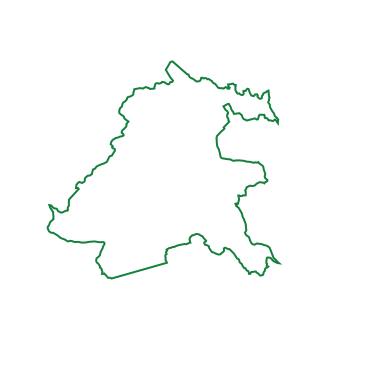 Jequié, Bahia, Brazil (Natural Earth projection), rotated 313°
{"feature_id": "56859067B57487356001023", "entity_name": "Jequié", "entity_type": "district", "adm_level": 2, "iso_a3": "BRA", "parent_name": "Brazil", "parent_adm1": "Bahia", "projection": "natural_earth1", "projection_center": [-40.087, -13.948], "detail": "fine", "context": "isolated", "style": "outline", "palette": "green", "viewbox_px": 384, "rotation_deg": 313, "n_neighbors": 0, "source": "geoboundaries", "source_scale": "gbopen_adm2", "svg_char_len": 6030}
<svg xmlns="http://www.w3.org/2000/svg" viewBox="0 0 384 384"><g transform="rotate(313 192 192)"><path d="M259.1,220.2L258.2,219.9L257.6,219.2L257.0,218.1L256.0,217.7L255.2,216.7L253.7,214.0L251.2,210.8L250.3,208.8L247.3,204.9L244.7,202.3L243.0,201.0L242.4,199.5L242.2,198.4L241.6,197.2L240.6,196.1L237.0,190.7L237.1,189.1L239.7,185.4L241.7,182.1L242.4,179.8L243.0,178.8L245.9,175.5L246.9,174.7L247.6,173.6L249.8,172.1L256.0,172.1L259.2,172.5L260.6,172.4L260.9,171.1L268.8,171.3L269.2,169.7L270.3,168.7L271.0,166.3L272.9,164.8L273.9,164.9L274.7,164.2L275.1,162.6L275.0,160.2L276.1,156.6L280.5,158.0L281.6,158.8L280.4,162.6L279.7,163.4L278.8,165.9L278.7,167.4L277.7,169.4L282.0,173.0L282.1,176.1L281.0,178.2L280.6,179.7L280.7,180.8L281.5,182.0L281.6,183.3L288.6,187.7L289.4,190.3L290.3,190.6L293.8,188.8L294.8,188.9L296.6,190.9L297.7,192.3L297.1,193.5L296.3,193.9L295.9,195.1L296.7,195.9L297.2,197.0L296.6,199.1L297.7,200.2L299.0,202.8L301.6,203.3L301.6,204.7L300.9,207.9L303.7,205.7L304.2,202.8L304.0,201.8L304.2,200.3L305.1,199.1L305.5,197.9L305.7,196.1L307.0,191.9L307.5,190.8L308.7,189.7L309.1,188.6L309.2,187.5L309.7,186.4L311.7,185.7L312.6,184.8L314.0,184.3L314.4,183.2L318.3,178.8L316.8,178.1L315.6,178.2L314.2,177.4L313.1,177.0L311.1,177.7L309.9,177.7L308.1,179.1L307.1,178.6L306.4,178.0L306.3,176.4L306.4,174.8L307.5,174.2L307.9,173.1L306.5,171.7L304.2,171.8L303.0,169.5L303.8,167.0L305.9,163.2L305.3,162.1L304.3,161.9L303.1,162.3L302.1,162.0L301.1,160.7L300.1,161.4L299.6,162.4L298.5,163.0L297.3,162.8L296.6,161.7L296.2,160.5L296.3,159.2L295.2,158.5L295.0,157.3L295.5,156.5L295.7,155.2L296.4,153.9L297.7,152.9L298.5,151.9L299.4,151.7L300.1,151.0L299.2,149.8L299.2,148.0L297.7,147.1L295.2,145.0L293.8,147.1L294.1,148.3L293.1,148.8L292.2,148.1L291.9,147.1L292.1,146.1L291.7,145.1L289.1,144.5L288.3,142.9L287.4,142.4L286.9,141.2L286.1,140.3L286.9,135.1L286.4,134.1L286.2,132.3L286.7,131.4L286.0,127.1L284.9,126.3L284.9,125.0L284.2,123.8L282.7,122.7L282.7,121.7L281.8,120.9L280.0,121.8L278.8,122.0L277.4,121.4L275.9,119.8L275.4,115.4L274.9,114.2L274.4,111.9L275.5,109.4L274.8,108.0L274.2,88.7L273.2,87.9L271.7,87.5L270.6,88.0L263.5,89.5L261.1,97.7L260.5,102.1L259.2,102.5L257.1,101.1L255.8,101.7L254.5,101.2L253.8,99.3L253.5,97.0L252.1,95.0L250.8,95.1L249.4,94.4L248.4,93.5L247.9,92.3L246.9,91.6L245.5,91.6L244.2,92.6L243.0,92.9L242.2,93.9L241.3,93.4L238.6,90.8L238.6,89.3L237.9,88.4L237.6,87.1L236.4,86.2L234.2,85.6L232.4,83.0L227.7,79.7L226.5,80.6L224.5,81.4L223.6,82.4L222.5,82.6L219.9,81.8L217.7,80.4L216.3,80.5L215.3,81.2L213.8,81.3L212.7,81.3L210.8,80.7L209.8,80.8L206.4,82.4L204.2,82.3L202.4,82.9L201.7,83.7L200.8,84.1L200.2,85.1L200.2,87.4L200.7,90.0L200.4,91.5L199.7,92.2L199.9,95.8L200.2,97.4L196.7,97.8L196.1,98.7L194.6,99.3L191.6,99.3L190.2,99.0L188.5,99.3L187.3,100.2L187.6,102.0L186.8,103.3L185.6,103.1L183.1,101.4L181.4,100.8L179.4,99.3L178.3,99.2L176.3,98.5L173.8,98.7L171.5,99.9L171.4,102.8L170.1,103.1L170.2,104.5L170.7,106.3L169.7,107.4L163.8,108.6L162.3,107.6L161.3,107.5L156.2,109.2L153.0,108.2L150.0,106.6L145.6,104.8L143.8,105.1L142.5,105.0L140.9,104.2L136.7,106.6L134.5,106.1L132.7,104.6L129.6,104.3L128.6,104.6L127.3,105.8L126.0,106.2L123.6,105.4L122.6,102.9L121.1,102.4L118.6,102.5L115.7,104.5L117.1,105.7L116.9,107.1L102.5,107.2L97.8,111.4L96.5,111.5L95.2,112.3L94.5,113.4L93.4,113.7L92.5,112.6L88.6,111.1L87.5,110.2L86.7,107.1L87.5,104.6L87.0,103.6L86.3,102.8L85.8,101.2L86.1,99.5L86.1,98.1L85.1,96.6L83.7,99.4L82.7,103.8L79.5,107.6L78.3,108.3L77.8,109.2L73.3,108.8L70.1,110.1L67.8,110.4L66.8,111.6L65.7,114.3L66.2,116.9L67.5,118.3L68.6,123.5L68.7,126.4L69.2,128.3L70.6,131.7L71.0,134.2L71.6,135.4L72.7,135.9L73.8,136.8L75.3,140.1L76.2,141.2L78.1,143.0L79.8,145.9L82.7,148.8L85.8,151.1L89.5,154.6L92.2,158.6L95.0,161.5L95.1,162.7L94.0,163.6L91.6,164.1L89.6,165.1L85.8,166.1L83.1,167.7L82.1,167.9L78.4,167.5L76.9,168.3L75.9,169.4L75.5,170.9L75.7,172.3L74.9,175.5L74.0,176.1L74.2,177.5L73.8,178.8L73.1,179.6L72.8,180.6L70.7,182.1L71.4,182.8L72.5,183.2L72.4,185.9L72.0,189.2L73.5,190.7L73.9,192.2L123.1,221.9L123.8,220.7L124.0,219.2L126.2,217.3L126.9,216.1L128.0,215.6L129.4,215.7L130.0,214.2L130.9,213.8L132.1,213.9L132.6,212.7L135.8,213.7L136.5,214.5L138.7,215.4L139.7,216.5L142.3,217.5L145.1,219.3L148.8,221.9L149.4,222.9L150.6,223.8L153.1,224.7L153.8,225.4L155.3,223.0L156.2,222.1L157.5,221.6L160.6,221.7L161.5,222.6L163.7,223.4L164.7,224.3L165.8,226.1L166.0,227.8L166.7,229.7L166.2,232.3L166.0,235.5L165.0,235.8L164.0,235.3L162.8,236.0L162.4,237.7L163.3,239.2L163.8,241.2L162.9,242.4L162.4,243.9L161.7,247.7L162.4,248.7L163.3,251.8L164.6,254.4L165.7,255.2L168.3,255.4L169.5,255.7L170.6,255.6L172.5,253.8L173.8,254.1L175.0,257.5L175.8,258.4L175.6,264.6L174.1,270.2L174.6,271.7L174.5,272.8L173.2,274.6L173.1,276.0L173.3,277.5L172.5,279.3L171.9,281.9L172.7,283.1L172.2,284.1L172.0,285.7L172.5,287.4L171.0,289.6L171.9,290.4L173.0,290.0L174.1,290.1L177.4,292.9L177.1,294.3L177.5,295.7L177.4,298.9L178.7,299.9L180.1,300.5L181.3,299.6L182.6,299.1L183.9,299.1L185.6,297.9L186.7,297.9L188.6,298.6L189.5,298.6L188.9,297.0L190.7,295.9L190.8,294.8L192.8,293.0L195.0,291.7L195.9,292.2L196.9,293.5L197.4,295.1L197.0,297.6L197.1,298.9L198.3,302.9L199.3,304.3L199.2,302.1L199.6,299.2L199.3,297.5L199.8,295.9L203.8,287.6L204.2,286.7L203.9,283.8L201.7,279.5L201.4,278.3L199.6,276.1L198.9,274.8L197.5,274.1L196.2,273.8L195.4,272.4L195.0,270.9L196.1,267.5L197.4,265.5L197.8,264.3L197.8,263.3L197.4,261.8L197.6,260.3L198.3,258.5L200.9,257.9L205.0,253.4L206.3,251.1L206.8,249.6L207.5,248.8L208.3,246.2L210.3,243.2L212.2,237.1L212.2,235.8L211.9,234.1L213.0,231.8L214.0,232.4L214.0,233.6L215.0,233.5L218.7,231.5L221.0,228.3L221.8,229.1L222.1,230.3L223.1,231.3L224.3,231.5L225.2,232.7L226.2,233.5L228.6,231.4L229.5,229.7L231.5,229.5L232.5,228.7L236.2,230.1L237.5,232.1L239.6,233.5L242.1,233.6L245.4,234.8L247.5,237.9L247.7,239.0L248.8,238.8L251.2,239.6L252.2,238.9L252.1,236.0L252.9,234.6L255.2,233.3L257.3,229.3L259.1,226.8L259.3,225.3L258.8,221.5L259.1,220.2Z" fill="none" stroke="#15803d" stroke-width="2"/></g></svg>